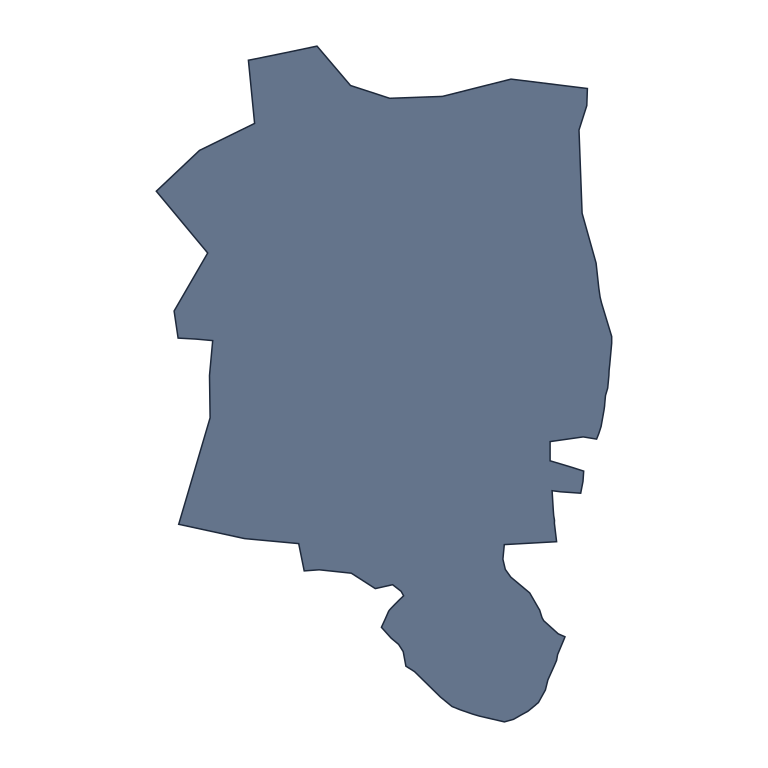 the district of Tangaza, Sokoto, Nigeria
{"feature_id": "59680162B53228015633193", "entity_name": "Tangaza", "entity_type": "district", "adm_level": 2, "iso_a3": "NGA", "parent_name": "Nigeria", "parent_adm1": "Sokoto", "projection": "natural_earth1", "projection_center": [5.031, 13.477], "detail": "fine", "context": "isolated", "style": "filled", "palette": "slate", "viewbox_px": 768, "rotation_deg": 0, "n_neighbors": 0, "source": "geoboundaries", "source_scale": "gbopen_adm2", "svg_char_len": 1407}
<svg xmlns="http://www.w3.org/2000/svg" viewBox="0 0 768 768"><path d="M504.4,721.9L513.6,719.3L520.9,715.1L528.0,711.2L535.7,704.9L535.9,704.6L538.4,702.6L545.4,690.0L547.9,679.9L554.3,665.7L556.6,660.3L557.6,654.6L564.1,639.1L565.0,636.8L558.2,633.8L543.7,620.7L542.0,617.6L539.6,609.9L538.7,608.5L529.7,592.9L510.8,577.1L505.3,569.4L502.9,559.2L504.3,544.6L556.6,541.7L554.4,523.3L554.5,520.3L553.7,515.6L553.2,508.9L552.1,490.7L560.5,491.8L580.7,493.2L583.0,481.4L583.7,471.1L576.5,468.8L572.8,467.6L550.1,460.8L550.1,441.6L583.2,436.9L596.6,439.1L598.8,433.6L601.1,426.5L604.0,410.2L604.6,406.0L604.7,404.2L605.5,395.5L607.7,388.1L608.9,375.6L609.1,370.3L609.7,365.0L611.7,343.2L611.7,336.5L601.6,303.2L600.1,297.1L598.8,288.0L596.1,263.1L582.1,213.2L579.0,130.0L586.8,105.6L587.4,88.5L511.0,79.1L442.4,96.4L389.7,98.3L350.5,85.5L317.0,46.1L284.6,52.9L251.2,59.7L248.4,60.2L254.6,123.4L199.5,150.4L156.3,191.2L207.7,253.0L174.1,311.0L178.1,338.1L196.2,339.1L212.7,340.6L209.5,375.5L210.1,417.8L178.7,524.3L244.6,538.6L298.7,543.6L304.2,570.9L319.2,569.8L351.3,573.2L375.3,588.6L392.6,584.7L401.1,591.3L403.6,595.8L399.3,599.9L395.3,603.9L391.5,607.8L389.5,610.0L388.6,611.3L387.2,614.5L385.0,619.5L381.4,627.3L391.2,638.2L398.6,644.4L403.2,651.6L405.9,666.2L414.5,671.6L440.5,697.1L452.0,706.5L460.2,709.8L472.3,714.0L479.4,716.1L504.4,721.9Z" fill="#64748b" stroke="#1e293b" stroke-width="1.5"/></svg>